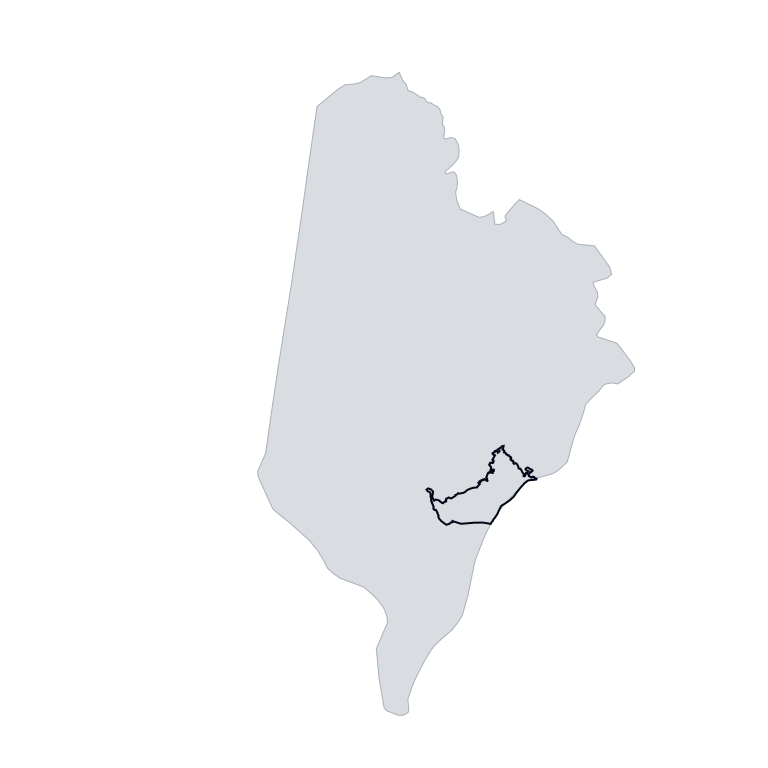 location of Tell Abiad, Ar Raqqah, Syria, rotated 130°
{"feature_id": "27442178B34075692761550", "entity_name": "Tell Abiad", "entity_type": "district", "adm_level": 2, "iso_a3": "SYR", "parent_name": "Syria", "parent_adm1": "Ar Raqqah", "projection": "orthographic", "projection_center": [39.333, 36.35], "detail": "fine", "context": "in_parent", "style": "outline", "palette": "ink", "viewbox_px": 768, "rotation_deg": 130, "n_neighbors": 0, "source": "geoboundaries", "source_scale": "gbopen_adm2", "svg_char_len": 6612}
<svg xmlns="http://www.w3.org/2000/svg" viewBox="0 0 768 768"><g transform="rotate(130 384 384)"><path d="M153.6,280.2L159.1,281.0L170.8,288.6L172.8,288.5L176.7,279.1L180.3,275.9L187.7,273.3L190.3,257.9L193.8,255.1L198.0,253.6L204.3,253.5L209.8,252.7L210.3,250.0L203.1,231.9L203.9,227.4L208.1,209.6L210.6,202.6L212.9,200.4L221.6,201.5L233.7,205.0L236.8,210.3L242.6,215.0L251.6,214.9L261.9,216.0L270.0,216.4L276.5,213.3L291.1,207.6L298.4,205.7L304.9,203.1L326.1,193.5L334.5,194.4L340.2,195.7L344.6,197.3L354.5,204.1L362.6,211.0L368.3,213.1L378.7,213.0L393.6,214.3L411.9,214.3L422.6,212.4L436.3,209.0L460.6,200.8L492.4,183.6L511.1,175.2L519.1,174.1L529.6,173.9L540.2,175.8L552.2,177.1L557.7,176.9L570.6,174.9L587.2,171.1L597.7,168.0L610.2,163.1L617.9,155.3L620.4,154.4L623.8,155.7L625.3,156.2L628.7,160.4L632.4,171.5L632.5,172.7L631.9,175.9L623.9,185.3L613.0,198.1L605.1,206.2L591.8,219.7L581.6,222.8L564.5,228.0L559.9,232.7L555.8,240.3L553.4,250.5L552.8,257.0L552.6,268.9L556.9,281.2L561.1,293.0L561.7,300.9L561.5,308.6L557.9,317.0L554.0,328.4L551.8,341.3L551.0,365.3L551.3,385.8L551.1,389.1L544.1,403.7L535.9,420.7L532.0,424.7L513.4,430.0L493.1,442.6L470.4,456.7L449.7,469.4L427.9,482.6L405.2,496.3L388.9,506.0L367.1,519.0L347.2,531.3L326.9,543.8L311.5,553.2L287.9,568.0L274.1,576.7L253.7,589.3L235.8,600.5L214.4,613.6L188.1,608.8L179.9,606.2L173.2,599.5L168.3,595.9L156.0,591.9L148.4,579.4L143.8,574.9L135.5,572.7L139.3,565.0L140.2,559.9L143.9,553.7L141.8,549.5L141.0,540.7L139.6,538.5L139.0,536.2L140.4,533.4L140.0,530.5L138.6,529.2L138.1,524.8L137.1,521.5L137.8,517.6L139.7,515.1L141.7,510.2L144.0,508.8L147.6,505.9L148.6,502.7L151.8,499.7L156.1,497.2L157.1,495.2L156.5,494.0L152.4,491.5L150.3,487.4L152.5,481.5L153.9,479.6L156.5,476.9L162.2,472.7L166.7,472.1L170.5,472.2L176.9,472.8L181.8,473.7L183.1,472.6L183.0,471.2L176.9,467.4L176.7,464.5L178.3,461.5L182.8,456.8L188.1,453.4L190.7,452.8L196.9,445.9L200.9,438.0L195.3,418.4L191.7,415.1L185.7,412.3L182.2,411.8L182.0,410.5L186.9,405.7L190.3,401.5L186.7,397.3L180.2,395.2L177.6,399.3L169.0,399.5L155.8,399.0L150.7,378.2L150.1,369.3L150.6,359.0L155.1,344.1L153.5,337.1L153.5,332.4L152.7,325.9L142.9,311.6L149.4,286.3L153.6,280.2Z" fill="#d9dde1" stroke="#a8b0b8" stroke-width="1"/><path d="M354.5,252.6L356.3,253.8L356.7,253.8L357.4,253.6L358.0,253.4L358.1,253.8L359.3,254.3L359.8,254.4L360.3,254.7L360.7,254.4L360.9,252.5L361.5,252.1L363.3,252.6L363.1,252.8L363.2,253.3L362.6,255.2L364.1,255.7L364.2,256.0L364.9,255.9L365.0,255.7L365.1,255.8L365.9,255.8L366.9,256.3L367.0,256.0L367.5,256.1L367.7,255.9L368.0,253.8L367.2,253.7L367.2,253.1L371.1,252.5L371.3,252.2L372.2,252.4L372.7,251.5L372.5,250.5L373.7,250.3L373.9,249.8L374.7,249.9L374.9,250.7L375.8,251.2L375.6,251.6L375.9,251.9L376.3,251.5L376.5,251.5L376.8,251.5L376.8,251.9L378.3,251.5L378.3,251.0L378.7,250.1L378.6,249.8L378.6,249.1L379.2,248.2L380.3,247.6L381.3,247.2L382.5,246.6L381.3,246.4L381.2,246.0L379.5,245.6L379.4,245.3L379.0,244.9L379.4,244.4L379.5,244.4L379.8,244.1L380.3,244.1L380.5,243.9L381.4,244.3L381.9,244.0L382.3,243.6L383.0,244.7L383.1,245.4L383.8,246.0L384.5,246.4L384.4,246.6L384.8,246.9L384.7,247.1L384.9,247.2L387.9,246.3L388.4,245.9L389.6,245.8L390.1,244.9L390.2,244.2L391.5,243.0L391.6,242.6L392.0,242.7L392.1,243.0L391.9,243.1L391.9,243.3L392.0,243.5L392.1,244.1L391.9,244.8L392.2,245.1L392.2,245.9L392.5,246.0L393.0,245.8L393.6,246.0L393.6,246.4L393.8,246.4L393.9,247.0L394.6,247.0L394.8,247.4L395.6,247.7L395.7,247.0L397.3,247.1L397.4,248.2L399.1,248.2L399.2,246.3L402.5,246.5L403.3,246.2L405.3,248.1L406.6,249.3L409.4,251.0L412.4,252.3L414.0,252.3L416.5,253.3L418.1,254.7L419.9,256.1L420.1,257.1L422.1,257.2L423.0,257.9L423.5,257.6L423.6,257.8L423.9,257.6L424.4,257.6L428.6,259.0L429.4,261.6L431.2,262.0L431.6,262.2L431.7,262.6L432.7,262.3L433.8,261.0L434.6,261.1L435.0,261.9L435.5,261.9L435.9,262.1L436.5,262.1L436.8,262.3L437.3,262.1L437.9,263.4L437.8,264.4L438.0,265.9L437.7,266.4L438.3,268.2L439.2,270.0L441.2,270.6L439.1,275.2L437.4,275.6L434.9,277.2L434.5,280.0L435.6,283.1L437.7,283.5L438.1,281.2L437.4,279.9L437.8,278.0L438.6,277.6L438.8,277.1L439.3,276.8L439.6,276.1L440.1,276.0L440.7,275.6L440.6,275.2L440.7,274.6L441.0,274.0L441.4,274.0L442.0,273.9L442.3,273.7L442.4,273.3L442.6,273.1L443.0,272.8L443.2,272.4L443.5,272.4L443.8,271.2L444.6,270.5L444.7,269.9L445.0,269.4L444.9,269.1L445.7,268.1L446.2,266.9L447.0,266.7L447.5,266.0L447.8,265.9L447.8,265.3L448.1,264.9L447.9,264.4L447.7,264.2L447.5,263.5L447.2,263.5L447.1,263.1L447.5,262.4L447.5,262.0L448.1,261.1L448.1,260.4L448.9,259.6L449.6,257.7L450.0,257.4L450.4,257.4L450.8,257.1L451.1,256.3L451.5,255.8L451.6,255.3L451.9,254.8L451.8,254.4L451.9,253.9L452.2,252.1L452.0,248.7L451.8,245.8L449.1,244.1L448.9,244.0L448.8,243.9L448.7,243.9L448.4,243.8L448.2,243.8L447.9,243.8L447.7,243.9L447.4,243.9L447.2,243.8L447.0,243.7L446.9,243.7L446.7,243.6L446.6,243.4L446.4,243.3L446.4,243.2L446.2,243.0L446.2,242.9L446.0,242.7L445.9,242.7L445.7,242.6L445.4,242.6L445.2,242.7L445.0,242.8L444.9,242.8L444.8,243.0L441.7,235.4L439.6,233.1L436.9,230.4L435.1,228.6L431.8,225.3L429.7,222.7L427.3,220.1L425.7,217.7L423.5,214.0L422.8,212.4L422.4,212.4L420.1,212.8L419.0,212.6L418.5,212.8L418.0,213.0L417.4,213.1L415.0,213.1L411.0,213.5L407.7,214.5L406.0,215.0L402.4,215.8L401.5,215.7L397.7,214.4L396.7,214.1L394.3,213.5L391.9,212.8L389.7,212.6L387.1,212.2L385.5,212.3L383.3,212.6L380.4,212.7L379.5,212.7L374.3,212.8L371.9,212.6L370.9,212.7L369.1,212.5L365.7,211.7L365.3,211.6L365.2,211.5L363.2,209.8L361.5,208.0L361.0,207.5L359.3,206.0L358.6,206.1L358.6,206.7L358.8,207.3L359.0,207.6L359.0,207.8L359.3,208.1L358.7,209.3L358.9,209.7L359.4,210.2L359.7,210.8L360.8,211.0L361.4,213.9L361.1,214.3L360.5,214.6L357.6,215.4L357.2,214.7L354.9,214.4L354.5,215.6L355.4,217.4L355.2,218.5L355.6,220.3L357.7,221.1L358.5,220.6L358.5,218.2L358.1,217.6L360.7,216.7L361.0,218.1L361.6,218.0L363.1,217.2L363.6,217.0L363.7,216.9L364.1,217.0L364.0,217.4L364.1,217.8L364.5,217.5L364.8,217.6L364.9,217.8L364.5,218.2L363.6,218.1L362.9,219.9L363.0,220.4L361.5,223.9L361.3,225.3L362.0,226.0L362.1,226.8L360.8,228.2L360.5,229.1L359.8,231.0L360.1,232.5L360.4,232.6L361.6,233.0L361.2,234.5L360.1,235.0L359.8,235.8L360.6,236.8L360.6,238.2L360.0,238.3L360.0,238.5L359.9,238.7L359.9,238.8L359.7,238.9L359.7,239.0L359.4,239.0L359.2,239.0L359.0,238.9L358.8,239.1L358.9,239.6L358.8,239.8L358.4,240.1L358.4,240.3L358.7,240.5L358.8,241.0L358.8,241.6L358.4,242.6L358.7,242.8L359.0,243.0L359.2,244.8L358.8,245.2L358.9,245.4L359.2,245.6L358.6,246.7L359.3,248.1L357.8,248.9L358.1,250.9L356.4,251.5L354.5,252.6Z" fill="none" stroke="#020617" stroke-width="2"/></g></svg>